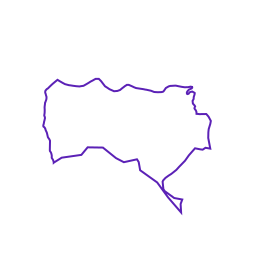 Rehaid Albirdi, Southern Darfur, Sudan (Natural Earth projection), rotated 32°
{"feature_id": "16777658B32181362177213", "entity_name": "Rehaid Albirdi", "entity_type": "district", "adm_level": 2, "iso_a3": "SDN", "parent_name": "Sudan", "parent_adm1": "Southern Darfur", "projection": "natural_earth1", "projection_center": [23.455, 11.002], "detail": "fine", "context": "isolated", "style": "outline", "palette": "violet", "viewbox_px": 256, "rotation_deg": 32, "n_neighbors": 0, "source": "geoboundaries", "source_scale": "gbopen_adm2", "svg_char_len": 2638}
<svg xmlns="http://www.w3.org/2000/svg" viewBox="0 0 256 256"><g transform="rotate(32 128 128)"><path d="M186.6,74.9L181.2,78.4L180.1,78.9L178.6,79.7L177.5,78.1L176.2,77.1L175.0,76.7L174.0,76.2L173.6,75.2L173.5,74.1L172.5,73.6L170.1,72.9L168.4,70.8L168.3,68.7L167.3,66.8L166.7,64.4L166.1,63.0L165.4,62.9L164.4,63.0L163.3,63.0L162.5,63.7L161.4,65.0L161.2,66.9L160.5,67.7L159.8,67.7L159.0,66.5L159.0,64.9L159.4,63.1L160.2,61.9L161.0,60.7L161.1,59.8L160.6,59.2L159.1,59.8L158.0,60.9L157.0,61.8L154.3,63.5L151.8,64.6L148.4,65.9L146.2,66.7L145.5,67.1L143.7,68.4L142.3,69.4L141.7,69.8L141.1,70.4L140.4,71.2L140.2,71.6L139.4,73.1L138.9,74.1L138.8,76.9L138.7,78.0L138.5,78.6L138.2,79.0L137.1,80.0L134.4,81.8L132.8,82.7L131.1,83.6L130.0,83.8L127.9,84.2L127.5,84.3L126.7,84.6L123.3,85.8L122.2,86.3L120.5,86.9L117.5,88.2L114.5,89.5L113.5,89.9L111.2,90.3L110.0,90.4L105.8,91.0L104.2,92.0L103.3,93.9L103.1,94.3L102.7,95.5L102.0,97.3L101.3,99.4L101.2,99.8L100.7,100.5L99.9,101.5L99.5,102.1L99.2,102.3L96.7,104.2L91.8,104.9L88.6,104.8L86.4,104.8L80.3,102.5L77.2,101.8L74.5,103.5L73.7,104.9L72.9,106.4L72.5,107.1L72.2,107.5L71.3,109.2L71.0,109.9L70.3,111.3L69.2,113.4L67.9,115.8L66.0,117.4L64.8,118.5L61.7,120.1L59.9,120.9L59.3,121.2L56.7,122.3L55.2,123.0L51.3,124.2L48.0,124.4L47.3,124.4L45.2,124.5L43.0,124.5L42.7,124.5L42.0,126.5L40.7,130.5L40.2,132.3L39.6,134.7L39.1,136.9L38.5,138.1L38.2,140.0L38.7,141.4L39.3,142.1L40.1,142.7L41.0,143.6L42.4,144.8L43.0,145.8L43.4,146.6L43.7,147.4L44.0,148.9L44.2,149.7L44.3,150.6L44.7,151.3L44.8,151.5L45.9,153.9L46.5,155.0L47.3,156.1L48.2,157.5L49.3,159.4L50.3,161.7L51.1,162.4L51.7,162.8L52.4,163.7L52.8,164.9L53.2,166.0L53.4,166.8L54.0,168.3L54.4,169.3L54.7,170.5L55.4,171.5L55.8,171.7L56.3,171.6L57.2,171.8L57.8,172.3L58.2,172.4L58.9,173.1L59.3,173.4L59.4,173.5L60.0,173.9L60.3,174.1L60.8,174.4L61.4,174.8L62.0,175.3L62.9,176.2L63.4,176.7L63.9,177.2L64.9,178.2L65.7,178.6L66.2,178.8L67.0,179.1L67.8,179.6L68.6,180.1L73.5,188.3L74.0,188.9L75.4,189.5L76.4,190.2L77.8,191.6L78.4,192.5L79.1,193.7L79.9,194.1L81.0,194.6L81.9,195.2L83.2,196.5L83.4,196.8L83.5,196.5L87.5,188.3L102.7,175.5L104.0,165.8L117.1,157.9L133.8,159.9L142.6,159.2L152.2,149.8L155.1,151.2L160.7,157.4L181.6,158.7L198.7,165.6L217.8,171.5L212.9,164.6L211.9,159.9L204.3,162.9L192.6,162.1L190.4,161.1L185.8,155.2L185.6,153.8L186.2,150.5L187.7,146.8L189.0,144.1L191.2,137.9L191.9,133.9L193.7,125.6L194.1,118.9L195.6,109.7L200.6,107.8L202.8,106.8L204.2,103.7L208.7,101.9L201.3,93.9L200.0,91.7L198.5,89.2L197.6,87.4L197.0,86.1L195.6,80.9L194.5,78.1L190.3,75.7L187.5,74.8L186.9,74.7L186.6,74.9Z" fill="none" stroke="#5b21b6" stroke-width="2"/></g></svg>